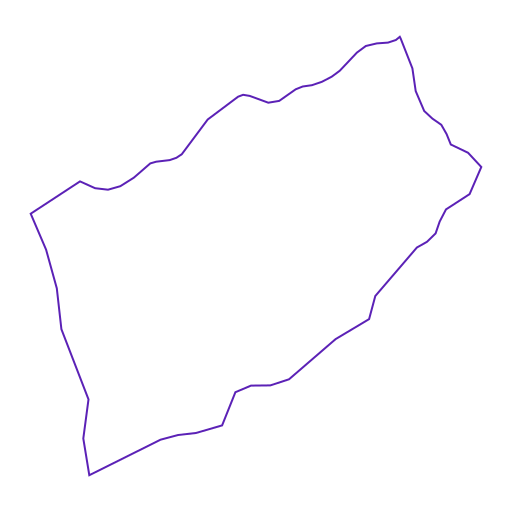 Rize, Albers equal-area conic projection
{"feature_id": "TUR-2301", "entity_name": "Rize", "entity_type": "Province", "adm_level": 1, "iso_a3": "TUR", "parent_name": "Turkey", "parent_adm1": "", "projection": "albers", "projection_center": [40.921, 40.922], "detail": "fine", "context": "isolated", "style": "outline", "palette": "violet", "viewbox_px": 512, "rotation_deg": 0, "n_neighbors": 0, "source": "natural_earth", "source_scale": "10m", "svg_char_len": 855}
<svg xmlns="http://www.w3.org/2000/svg" viewBox="0 0 512 512"><path d="M30.7,213.7L80.0,181.4L95.1,188.2L108.0,189.7L120.3,186.2L133.8,177.7L150.3,163.4L156.2,161.7L169.7,160.1L176.4,157.8L181.8,154.2L207.7,119.5L238.1,96.7L243.1,94.8L249.7,95.9L268.3,102.7L279.2,100.9L295.7,89.3L302.7,86.5L311.9,85.2L321.9,81.8L331.7,76.7L339.8,70.7L356.9,52.6L365.8,46.0L376.8,43.4L388.0,42.6L395.9,40.0L399.8,36.8L400.7,38.6L412.4,68.4L415.7,91.1L424.2,111.0L432.4,118.6L441.3,124.8L446.6,134.1L450.8,144.5L468.1,152.8L481.3,167.0L469.6,194.1L446.0,209.4L439.7,221.5L435.6,233.4L427.0,241.8L416.9,247.5L375.3,296.0L369.1,319.1L335.6,339.1L289.0,379.3L270.3,385.4L251.0,385.6L235.4,392.2L222.1,425.4L195.9,433.0L178.1,435.0L160.5,439.7L89.3,475.2L83.3,438.5L88.5,399.4L61.4,329.2L56.8,288.3L46.1,249.7L30.7,213.7Z" fill="none" stroke="#5b21b6" stroke-width="2"/></svg>